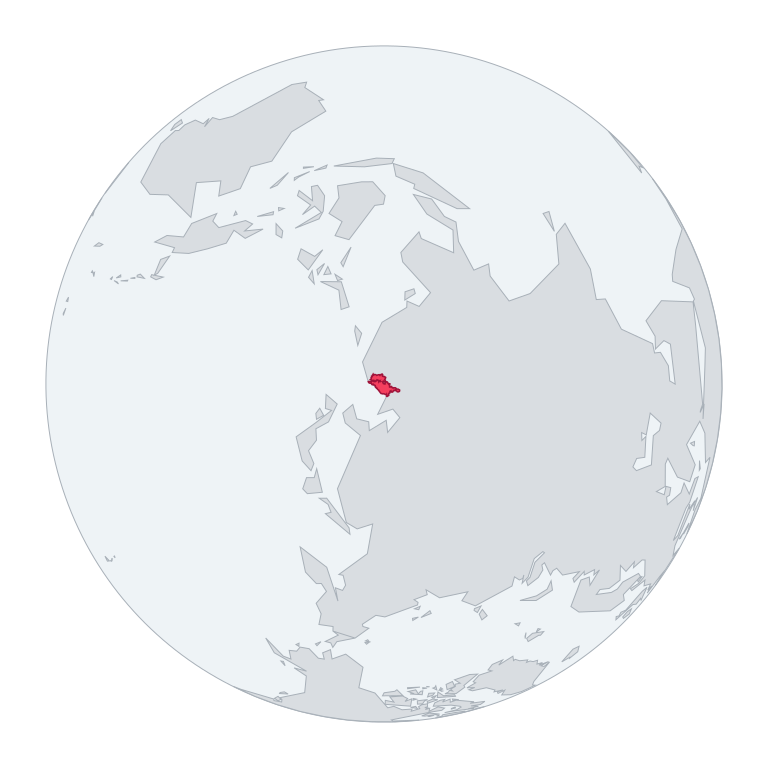 the Earth from above Jiangsu, rotated 162°
{"feature_id": "CHN-1818", "entity_name": "Jiangsu", "entity_type": "Province", "adm_level": 1, "iso_a3": "CHN", "parent_name": "China", "parent_adm1": "", "projection": "orthographic", "projection_center": [119.061, 32.938], "detail": "fine", "context": "on_globe", "style": "filled", "palette": "rose", "viewbox_px": 768, "rotation_deg": 162, "n_neighbors": 0, "source": "natural_earth", "source_scale": "10m", "svg_char_len": 16453}
<svg xmlns="http://www.w3.org/2000/svg" viewBox="0 0 768 768"><g transform="rotate(162 384 384)"><circle cx="384" cy="384" r="338" fill="#eef3f6" stroke="#a8b0b8"/><path d="M667.8,548.3L667.4,549.9L667.1,550.4L667.8,548.3ZM620.8,143.0L614.5,137.9L586.1,118.4L586.5,116.9L579.6,113.2L578.6,115.4L579.7,117.8L554.8,115.0L548.1,130.3L557.2,141.8L546.4,134.8L571.4,162.3L575.0,179.0L563.9,156.3L557.5,151.2L556.5,160.0L549.6,156.9L545.1,159.7L537.0,155.4L531.2,143.5L525.8,140.8L525.4,147.3L517.0,147.9L518.4,138.5L503.9,138.9L491.5,121.1L501.8,102.9L488.1,92.9L480.5,74.9L474.3,74.4L467.5,68.6L457.8,66.2L459.2,64.4L450.3,64.2L450.9,66.4L447.2,67.3L441.5,66.4L442.3,63.6L445.2,63.6L442.5,62.4L445.3,61.6L440.7,61.5L442.3,58.8L432.4,60.2L426.6,57.1L429.9,55.8L440.5,57.5L474.2,61.5L480.8,62.2L479.6,60.7L454.5,53.5L477.7,59.3L500.4,66.8L522.6,75.8L544.0,86.4L564.7,98.4L584.4,111.9L603.2,126.8L620.8,143.0ZM438.5,50.5L434.1,49.8L436.9,50.7L431.9,50.2L430.3,51.3L418.9,49.7L408.6,47.9L409.3,47.3L404.8,46.8L394.6,46.8L388.2,46.1L413.4,47.4L438.5,50.5ZM702.6,306.5L699.8,300.6L701.8,301.0L702.6,306.5ZM697.9,299.3L698.9,300.8L698.0,300.0L697.9,299.3ZM697.1,300.2L697.7,299.5L697.3,301.0L697.1,300.2ZM696.3,302.3L696.6,300.9L696.7,301.3L696.3,302.3ZM694.1,303.6L693.4,303.7L693.5,301.7L694.1,303.6ZM581.3,119.7L579.4,115.9L582.7,115.5L585.2,118.9L581.3,119.7ZM573.9,122.0L571.0,118.8L579.0,121.9L578.2,122.7L573.9,122.0ZM565.4,151.3L565.1,146.6L567.7,152.4L565.4,151.3ZM546.0,160.8L548.2,163.4L544.9,163.8L546.0,160.8ZM436.7,52.2L433.6,51.8L435.5,51.8L436.7,52.2ZM439.0,53.4L443.5,53.7L445.2,54.4L442.4,54.1L439.0,53.4ZM529.5,158.0L523.6,158.4L528.6,155.8L529.5,158.0ZM433.1,52.9L447.7,55.5L450.7,56.7L442.6,57.0L433.1,52.9ZM519.4,157.3L505.1,159.3L508.9,164.8L490.0,151.3L508.5,153.5L514.1,149.3L514.6,154.2L519.4,157.3ZM453.5,67.6L452.6,65.2L458.6,68.2L453.5,67.6ZM458.3,69.4L481.9,79.0L480.5,82.7L472.8,78.4L475.1,84.6L462.7,81.5L458.7,77.5L462.1,75.6L454.8,76.0L458.3,69.4ZM481.9,144.0L477.6,143.1L481.0,141.9L481.9,144.0ZM446.2,67.9L451.1,69.2L450.2,72.4L440.1,70.4L443.6,69.9L446.2,67.9ZM481.8,87.9L479.3,90.3L468.6,88.4L466.2,89.2L462.3,81.8L481.8,87.9ZM441.0,68.8L435.1,69.3L430.4,67.1L441.3,66.9L441.0,68.8ZM454.1,74.3L453.2,75.8L450.5,74.2L454.1,74.3ZM410.4,60.7L416.3,61.7L416.3,63.3L410.4,60.7ZM433.2,69.8L434.8,70.5L435.5,71.4L430.7,71.5L433.2,69.8ZM455.1,81.2L451.1,80.2L456.1,84.1L448.3,83.3L447.1,78.7L444.3,80.4L441.9,80.2L443.7,76.7L455.1,81.2ZM427.9,74.4L423.7,69.1L412.8,66.6L412.5,64.9L430.2,69.3L427.9,74.4ZM437.0,76.0L431.3,74.5L433.8,72.9L439.3,72.9L437.0,76.0ZM443.4,84.6L455.7,86.9L455.5,87.9L443.4,84.6ZM424.2,73.9L425.4,75.2L423.2,73.9L424.2,73.9ZM437.0,81.5L441.3,82.1L441.0,83.2L437.0,81.5ZM423.9,77.7L422.5,75.8L426.2,75.6L423.9,77.7ZM429.5,79.7L428.0,81.0L428.3,76.7L431.5,79.7L429.5,79.7ZM436.0,82.4L437.2,83.3L434.2,82.0L436.0,82.4ZM410.8,79.9L410.3,74.5L418.4,73.8L417.8,79.1L410.8,79.9ZM142.3,147.9L130.9,163.1L126.9,168.4L118.0,177.3L96.6,213.6L102.5,210.0L94.0,238.1L95.2,251.0L115.0,232.9L113.0,211.0L123.4,196.6L133.7,204.8L137.0,225.7L141.2,220.9L148.2,199.7L158.2,197.5L151.7,192.1L147.4,199.5L143.3,196.8L146.8,190.0L150.2,189.1L151.8,181.7L135.2,188.8L129.2,197.1L127.7,185.0L117.5,198.0L113.8,198.7L129.7,177.2L135.2,172.6L157.2,145.7L151.3,149.2L130.2,175.3L132.6,170.5L124.4,177.0L132.6,168.3L157.2,140.4L162.1,131.6L153.8,136.7L188.4,108.5L174.5,120.0L181.3,115.7L198.3,103.8L192.0,109.2L196.9,106.4L192.2,111.5L199.1,111.7L196.4,116.9L212.1,110.9L212.9,113.1L203.3,115.7L195.3,121.0L190.1,135.9L192.9,136.9L203.5,132.2L200.8,137.5L211.8,131.0L215.2,138.4L220.2,124.5L232.9,120.0L242.1,121.8L247.1,118.2L232.2,115.5L225.4,116.9L218.2,121.8L200.5,125.2L199.5,121.7L221.4,109.8L222.4,103.9L239.0,98.4L269.1,106.9L275.0,114.6L257.3,136.7L248.4,137.0L250.3,128.9L236.5,140.6L243.4,137.6L241.1,142.4L252.6,140.5L251.5,143.9L264.4,136.7L264.4,140.7L256.2,145.2L273.2,147.1L276.7,155.4L281.0,154.3L284.7,150.8L286.6,164.4L289.8,163.1L290.4,158.0L297.0,152.3L309.5,147.8L309.4,152.7L304.9,155.0L295.5,167.8L283.5,173.9L284.7,175.5L295.1,171.5L306.7,155.8L314.2,151.8L310.0,159.2L312.1,156.2L315.8,155.8L319.5,160.3L324.7,152.3L365.7,144.8L376.9,153.8L368.5,160.5L397.2,163.5L407.6,175.3L408.0,170.3L422.1,169.6L419.1,165.8L420.4,163.5L455.1,162.2L463.2,166.5L478.8,162.2L479.0,159.9L473.9,156.4L490.0,151.3L508.9,164.8L507.4,169.1L520.2,175.4L514.8,184.9L516.3,196.4L502.8,204.5L505.2,213.6L510.0,215.1L516.8,229.4L514.1,255.0L495.1,227.4L494.9,191.8L493.2,205.2L487.2,200.5L482.7,204.5L482.0,214.7L485.8,216.8L452.3,227.7L438.0,254.4L454.3,254.5L462.6,263.9L460.6,298.8L422.3,342.3L432.9,358.9L432.2,369.1L420.0,374.2L420.7,359.3L410.2,352.8L412.4,344.2L393.1,348.8L395.5,336.8L379.3,347.1L383.3,357.4L399.4,357.1L384.4,372.4L398.3,391.2L397.6,411.6L366.8,443.3L338.7,449.8L336.5,455.8L326.6,446.9L311.5,456.5L328.5,494.3L327.3,503.9L303.7,517.9L303.6,510.8L277.2,487.3L270.8,509.1L290.7,532.4L297.5,555.2L281.5,545.2L274.8,524.7L265.5,515.8L269.1,496.6L263.4,464.5L247.4,465.9L249.7,453.9L239.4,424.3L217.0,424.9L180.6,444.1L173.9,473.1L162.2,480.9L152.2,429.6L156.0,398.7L147.2,396.5L141.3,362.8L116.1,339.4L117.1,329.9L111.3,328.7L107.9,313.5L111.3,298.6L107.1,293.9L99.3,333.4L104.4,338.8L115.0,333.4L111.4,345.7L115.3,363.2L94.4,377.5L64.7,366.6L69.5,343.5L87.2,266.3L91.0,261.4L91.4,260.7L92.1,259.2L85.7,266.2L91.4,252.2L73.6,300.9L67.2,319.0L64.1,367.3L62.5,368.8L63.8,381.0L77.7,392.4L76.0,399.2L64.7,421.8L52.5,439.4L58.6,472.7L65.3,496.4L65.3,496.5L57.9,472.5L52.2,448.1L48.4,423.3L46.4,398.4L46.2,373.3L48.0,348.3L51.5,323.5L56.9,299.0L64.1,275.0L73.1,251.6L83.8,228.9L96.1,207.1L110.0,186.2L125.4,166.4L142.3,147.9ZM132.6,261.2L139.8,274.1L150.3,254.6L154.0,258.2L156.2,250.6L151.1,253.2L158.6,233.7L166.7,235.1L172.9,228.2L170.7,223.6L154.7,224.4L143.8,251.7L136.3,254.7L132.6,261.2ZM229.0,88.6L222.9,92.3L218.2,93.7L221.8,89.5L228.7,87.1L229.0,88.6ZM215.5,97.3L236.3,88.1L235.0,91.1L232.2,90.8L229.2,93.7L224.0,94.2L202.3,107.1L196.7,109.4L206.3,99.0L206.2,100.8L212.2,96.7L215.5,97.3ZM291.8,66.7L300.8,64.8L286.2,73.4L279.5,74.3L282.5,69.5L292.3,65.8L291.8,66.7ZM416.0,53.8L420.4,54.0L420.2,54.6L416.3,54.8L416.0,53.8ZM413.1,61.0L396.6,54.0L400.8,53.7L386.1,51.0L391.4,49.4L400.8,51.0L393.8,48.3L404.4,49.1L398.5,47.7L418.7,51.4L427.9,52.7L415.6,51.7L410.5,52.9L411.0,53.9L419.5,57.9L436.7,62.3L434.4,65.0L428.2,65.8L423.7,65.2L426.6,63.4L418.5,63.9L419.3,60.9L413.1,61.0ZM356.4,84.9L361.7,81.2L345.5,85.3L346.3,80.9L344.3,81.6L340.6,78.9L332.6,77.2L334.5,75.2L330.6,75.4L328.0,73.9L323.3,73.8L325.1,70.4L319.4,70.1L323.5,68.7L313.3,69.2L321.7,67.5L319.1,65.9L312.4,68.5L333.4,54.8L335.8,51.9L333.2,50.8L347.9,49.0L359.7,49.4L368.1,51.9L363.7,55.5L371.2,54.5L371.3,56.2L365.4,56.3L374.5,57.2L373.0,58.7L380.5,63.5L394.7,64.9L397.8,67.0L391.5,67.3L399.0,69.4L389.2,71.5L391.2,73.3L383.5,77.7L370.1,77.8L373.4,79.9L367.7,83.8L356.4,84.9ZM408.3,80.9L392.2,81.2L384.7,79.2L401.2,72.6L400.8,70.7L411.1,67.3L421.8,70.5L417.8,71.1L416.5,72.5L413.7,70.9L414.9,73.2L409.6,74.3L409.1,76.5L404.0,75.9L408.3,80.9ZM129.1,167.9L127.3,171.0L125.9,174.7L120.8,179.2L129.1,167.9ZM145.6,148.6L144.9,150.2L136.9,157.6L138.8,154.7L145.6,148.6ZM151.3,145.3L145.5,149.8L149.8,145.6L151.3,145.3ZM203.4,117.3L203.5,119.2L200.9,120.7L197.7,121.3L203.4,117.3ZM308.6,99.2L312.8,96.7L314.5,97.2L326.5,94.5L326.9,98.0L319.8,101.0L308.6,99.2ZM110.8,233.0L106.4,233.4L108.0,229.3L109.1,229.9L110.8,233.0ZM110.8,204.5L107.6,213.7L109.4,205.7L110.8,204.5ZM311.0,102.6L315.9,101.0L313.1,103.8L311.0,102.6ZM327.8,100.6L325.7,103.7L328.4,98.2L327.8,100.6ZM78.5,528.4L71.2,510.0L74.1,512.3L73.7,505.0L80.5,523.2L92.6,555.2L91.9,553.9L78.5,528.4ZM383.5,612.3L394.0,614.0L393.6,615.2L383.5,612.3ZM372.5,607.3L384.4,608.5L370.5,609.8L372.5,607.3ZM389.0,609.0L401.2,607.2L406.4,605.4L405.5,607.9L389.0,609.0ZM364.4,606.8L321.4,601.2L304.6,595.1L308.3,591.2L335.5,596.6L364.4,606.8ZM307.0,590.8L281.6,572.7L248.4,524.3L260.3,528.2L295.3,560.8L293.0,564.5L308.4,578.0L307.0,590.8ZM369.3,574.9L366.9,586.9L342.9,583.2L332.2,579.8L324.7,562.8L328.9,555.2L337.6,556.7L372.7,532.1L384.7,540.2L373.7,551.4L383.6,563.2L369.3,574.9ZM174.8,476.5L180.0,497.0L173.8,497.1L174.8,476.5ZM387.6,512.7L373.0,524.4L386.6,508.2L387.6,512.7ZM396.2,496.7L396.7,503.5L391.2,496.6L396.2,496.7ZM335.5,465.2L326.1,465.3L326.3,460.4L338.3,457.4L335.5,465.2ZM397.0,428.8L395.5,443.4L393.2,448.2L389.6,439.1L397.0,428.8ZM321.6,136.1L304.4,135.4L292.3,138.4L285.9,145.2L287.5,135.9L306.2,131.1L321.6,136.1ZM360.3,142.9L365.8,137.8L368.3,140.8L367.4,142.4L360.3,142.9ZM360.1,139.2L357.5,131.7L363.8,129.4L364.6,135.7L360.1,139.2ZM333.5,115.5L328.4,114.8L330.8,112.4L333.5,115.5ZM558.1,673.6L587.9,653.3L590.4,651.5L558.1,673.6ZM495.1,698.1L495.0,694.5L508.8,690.8L502.8,695.5L495.1,698.1ZM594.7,648.2L596.9,646.2L605.7,638.6L609.3,633.6L607.8,636.7L614.3,631.3L608.6,636.5L594.7,648.2ZM445.2,685.3L379.0,697.3L364.3,695.0L367.7,690.4L353.7,673.0L358.5,673.8L355.0,661.5L394.0,652.4L421.8,630.6L443.8,631.8L460.3,614.2L483.1,613.8L476.4,627.6L500.2,633.5L516.2,602.1L530.7,630.5L548.0,636.7L552.9,651.2L522.0,681.5L504.2,689.5L500.8,688.5L493.4,692.0L481.9,693.3L475.5,687.4L468.2,690.6L475.2,684.1L464.7,690.4L458.7,686.2L445.2,685.3ZM608.3,603.6L611.6,602.8L616.8,604.7L611.5,606.5L608.3,603.6ZM659.3,560.1L660.6,561.0L657.2,564.1L659.3,560.1ZM667.1,550.4L663.1,554.5L667.8,548.3L667.1,550.4ZM626.1,579.5L627.8,580.5L626.4,581.8L626.1,579.5ZM624.8,579.6L626.8,575.8L626.5,578.8L624.8,579.6ZM608.8,570.0L610.9,567.6L611.8,568.5L608.8,570.0ZM409.5,614.7L424.1,606.0L432.1,605.3L409.5,614.7ZM605.9,567.6L600.7,569.1L601.2,567.2L605.9,567.6ZM606.2,563.4L605.6,561.2L608.8,565.8L606.2,563.4ZM596.3,561.2L602.6,563.5L595.6,561.9L596.3,561.2ZM592.5,562.9L588.0,562.3L588.3,561.4L592.5,562.9ZM541.1,578.4L558.2,589.9L544.5,592.3L529.2,585.8L517.3,596.1L490.4,597.8L496.5,591.8L492.8,583.8L465.1,582.2L459.5,576.8L469.3,572.6L451.1,568.7L471.0,565.4L479.2,576.6L490.5,566.7L510.1,567.1L529.3,568.5L544.8,574.5L541.1,578.4ZM471.2,590.8L474.7,590.6L471.7,594.1L471.2,590.8ZM579.2,558.5L585.8,562.2L585.1,563.7L581.8,563.8L579.2,558.5ZM548.3,571.9L565.0,559.2L568.9,558.5L557.9,571.5L548.3,571.9ZM560.9,553.9L568.6,553.6L572.8,558.0L571.2,559.8L560.9,553.9ZM430.6,581.2L429.8,584.4L424.7,581.8L430.6,581.2ZM437.2,579.3L452.8,582.5L435.8,582.0L437.2,579.3ZM390.6,566.5L395.0,574.6L409.2,570.3L398.4,576.9L408.1,589.8L404.9,594.3L395.3,580.4L392.0,594.2L385.8,593.5L382.3,581.4L388.5,567.0L394.8,561.1L420.4,559.6L390.6,566.5ZM437.1,569.9L433.0,560.8L436.1,554.6L440.5,559.5L437.1,569.9ZM421.1,538.2L410.5,526.8L400.7,530.6L420.8,515.9L427.6,529.3L421.1,538.2ZM412.5,513.5L403.3,517.0L413.0,508.3L412.5,513.5ZM401.1,513.1L400.3,505.1L407.4,506.6L401.1,513.1ZM417.3,514.1L419.4,500.8L422.8,508.8L417.3,514.1ZM397.9,487.2L412.8,501.1L393.0,494.4L393.3,468.2L401.8,468.1L397.9,487.2ZM452.6,380.8L451.1,372.9L459.1,371.3L457.9,377.1L452.6,380.8ZM483.9,360.9L460.8,368.3L442.0,375.1L447.3,378.8L442.3,392.0L434.7,379.4L448.5,365.1L462.6,362.5L465.6,351.4L476.4,343.9L475.3,330.0L480.2,324.1L485.6,336.1L483.9,360.9ZM474.2,324.2L476.1,300.1L490.8,303.4L493.7,309.4L486.6,318.9L479.3,316.5L474.2,324.2ZM480.9,295.4L473.8,293.1L461.7,258.0L462.8,251.6L479.8,278.8L474.0,278.3L474.4,286.8L480.9,295.4ZM478.5,145.8L477.6,143.3L481.0,145.4L478.5,145.8ZM418.3,161.4L420.7,158.6L424.5,160.8L418.3,161.4ZM429.3,152.3L423.3,151.7L429.7,150.2L429.3,152.3ZM410.0,151.2L421.0,150.5L410.4,154.2L410.0,151.2Z" fill="#d9dde1" stroke="#a8b0b8" stroke-width="1"/><path d="M385.1,371.4L384.7,371.5L384.6,371.8L384.7,372.2L384.6,372.7L384.7,373.1L384.6,373.3L384.6,373.5L384.8,373.3L385.2,373.3L385.4,373.1L385.6,373.3L385.8,373.3L386.0,373.5L385.9,373.7L386.3,374.1L386.7,374.4L386.8,374.5L387.2,374.6L387.6,374.9L387.7,375.0L388.3,375.0L388.7,375.2L389.0,375.5L389.7,375.8L389.8,375.9L389.9,376.3L390.0,376.5L390.2,376.9L390.2,377.0L390.4,377.5L390.5,377.9L390.6,378.3L390.6,378.5L390.8,378.9L390.8,379.0L391.0,379.1L391.1,379.7L391.0,379.8L391.2,380.0L391.4,380.4L391.7,380.8L391.8,381.1L391.9,381.7L392.1,381.8L392.3,382.0L392.2,382.1L392.3,382.2L392.3,382.3L392.2,382.4L392.5,382.6L392.6,382.8L392.7,383.0L392.7,383.4L392.8,383.4L393.0,383.4L393.1,383.5L393.0,383.8L393.1,384.5L393.0,384.9L392.9,385.0L392.9,385.4L392.9,385.2L392.8,385.3L392.9,385.5L393.2,385.6L393.4,385.9L394.1,386.3L394.1,386.5L394.2,386.4L394.4,386.5L395.4,387.0L395.6,387.1L395.8,387.9L395.5,388.0L395.7,388.4L395.8,388.4L395.9,388.7L396.0,388.7L396.1,388.8L396.3,388.7L397.0,389.0L397.8,389.6L397.8,389.8L398.1,390.1L398.1,390.4L398.3,390.8L398.3,391.1L398.1,391.2L397.8,391.2L397.1,391.0L396.3,390.7L396.2,390.5L395.1,390.1L394.8,390.2L394.3,390.6L393.9,390.5L393.6,390.5L393.4,390.4L393.4,390.1L393.2,389.9L392.7,389.3L392.4,389.3L391.9,389.0L391.1,389.0L390.5,389.3L390.0,389.8L389.8,389.9L389.4,389.8L389.0,389.7L388.7,389.4L388.2,388.8L388.2,388.7L388.3,388.2L388.2,388.3L388.1,388.0L387.9,387.8L387.8,387.7L387.5,387.6L387.1,387.6L386.9,387.4L386.7,387.4L387.0,387.6L387.1,387.8L386.9,388.2L386.7,388.4L386.8,388.4L387.1,388.1L387.3,388.3L387.6,388.3L387.5,388.6L387.6,388.8L388.0,389.0L388.7,389.8L389.4,390.0L389.6,390.1L389.8,390.0L390.4,389.8L391.0,389.6L391.0,389.4L391.3,389.4L391.7,389.5L392.1,389.5L392.4,389.6L392.8,390.5L392.5,390.5L392.3,390.3L392.3,390.5L392.5,390.6L392.9,390.8L393.8,391.0L394.5,391.3L395.0,391.8L395.4,392.3L395.5,392.4L395.0,392.5L394.7,392.7L394.4,393.1L394.5,393.4L394.4,393.7L394.2,393.7L394.1,393.8L394.1,394.3L393.6,394.5L393.1,394.6L393.2,394.9L393.3,395.3L392.7,395.4L392.5,395.5L392.2,395.5L392.3,395.8L392.3,396.0L392.0,396.2L391.7,396.2L391.2,396.8L391.0,396.0L390.9,396.0L390.7,396.0L390.6,395.7L389.8,395.9L389.4,395.7L389.0,395.4L388.5,394.9L388.4,394.5L388.3,394.4L388.0,394.4L387.7,394.5L387.5,394.4L387.0,394.5L386.9,394.6L386.6,394.6L386.3,394.5L386.2,394.5L385.5,394.3L385.5,393.9L385.4,393.7L385.3,393.9L385.0,393.9L384.5,393.7L384.1,394.0L382.8,394.1L382.7,394.1L382.6,393.9L382.4,393.6L382.4,393.3L382.7,393.2L382.8,393.1L383.1,392.3L383.0,391.8L382.9,391.7L382.7,391.7L382.4,391.7L382.1,391.6L382.1,391.3L382.1,391.2L381.9,391.1L381.5,391.1L381.1,390.8L381.0,390.7L381.1,390.4L381.0,390.2L380.8,390.1L380.6,390.0L380.4,389.8L380.5,389.7L380.6,389.3L380.7,389.1L381.2,388.7L381.2,388.4L381.7,388.3L382.0,388.1L382.0,387.9L382.0,387.7L382.0,387.2L382.0,386.8L381.8,386.7L381.7,386.7L381.7,386.4L381.5,386.1L381.8,386.1L382.1,386.1L382.5,385.9L382.6,386.0L382.8,386.0L383.2,386.0L383.4,386.2L383.6,386.5L383.8,386.5L384.0,386.7L384.0,386.9L384.4,386.6L384.4,386.3L384.5,386.2L384.7,385.9L384.6,385.3L384.5,385.0L384.5,384.7L384.2,384.6L383.9,384.2L383.7,384.2L383.7,383.9L383.2,383.9L382.9,383.8L382.9,384.0L382.7,384.4L382.5,384.6L382.4,384.9L382.4,385.1L381.8,385.1L381.6,385.2L380.9,385.2L380.6,385.2L380.2,384.9L380.2,384.6L380.0,384.4L379.9,384.1L380.0,384.0L380.2,383.8L380.0,383.5L379.8,383.0L379.8,382.6L379.7,382.4L379.5,382.6L379.2,382.7L378.7,382.6L378.7,382.4L378.4,382.2L378.5,382.1L378.7,381.8L378.7,381.6L379.0,380.8L379.1,380.7L379.3,380.8L379.3,380.5L379.4,380.0L379.7,379.5L379.6,379.3L379.5,379.2L379.3,379.1L379.1,379.1L378.6,379.2L378.4,379.3L378.2,379.3L377.6,379.3L377.6,379.1L377.6,378.4L377.3,378.4L377.1,377.8L377.0,377.7L376.9,377.6L376.8,377.8L376.7,377.7L376.5,377.4L376.3,377.4L376.1,377.5L375.9,377.5L375.6,377.2L375.1,377.2L374.7,377.1L374.1,376.7L374.0,376.2L373.8,376.0L373.8,375.9L373.9,375.6L373.7,375.3L373.2,375.3L372.9,375.0L372.0,374.7L371.9,374.5L371.6,374.2L371.2,373.8L371.0,373.6L371.0,373.4L371.2,373.2L371.2,372.7L371.5,372.3L371.6,372.2L371.8,372.2L372.3,372.1L372.7,372.1L373.0,372.1L373.7,372.4L373.9,372.6L373.9,373.0L374.3,373.5L374.7,374.3L374.7,374.8L374.9,375.0L375.0,375.0L375.1,374.9L375.1,374.6L375.3,374.3L375.6,374.2L375.8,374.3L376.3,374.9L376.6,375.0L376.8,374.9L377.2,374.6L377.5,374.5L377.8,374.1L377.8,373.9L378.1,373.8L378.5,373.7L379.2,373.9L379.3,374.0L379.3,374.3L379.6,374.5L379.5,374.9L379.7,375.1L379.6,375.4L380.5,375.3L380.7,375.1L380.8,374.9L380.9,374.2L381.0,374.0L381.0,373.8L381.1,373.7L381.4,373.6L381.7,373.6L382.2,373.7L382.3,373.6L382.5,373.4L382.6,373.1L382.6,372.8L382.7,372.6L382.9,372.2L383.0,371.9L383.0,371.7L383.5,371.5L384.1,371.5L384.6,371.2L384.9,371.2L385.0,371.3L385.1,371.4ZM388.1,388.6L388.2,389.1L388.0,388.9L387.6,388.8L387.6,388.5L387.8,388.3L387.4,388.2L387.3,387.9L387.6,387.8L387.8,387.9L387.8,388.0L388.1,388.6Z" fill="#f43f5e" stroke="#9f1239" stroke-width="1.5"/></g></svg>